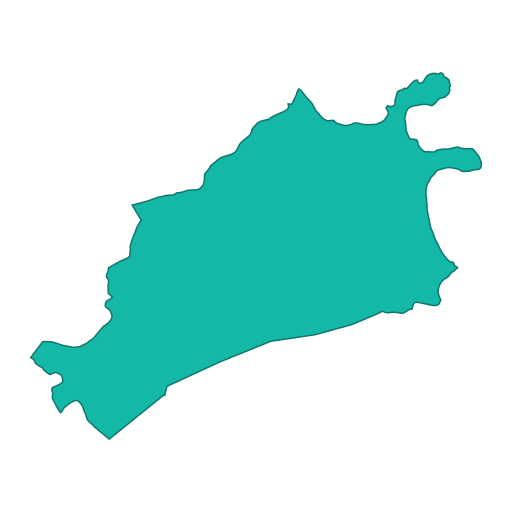 the district of Monchy/Mount Layau, Gros Islet, Saint Lucia
{"feature_id": "8701671B54690332526022", "entity_name": "Monchy/Mount Layau", "entity_type": "district", "adm_level": 2, "iso_a3": "LCA", "parent_name": "Saint Lucia", "parent_adm1": "Gros Islet", "projection": "mercator", "projection_center": [-60.92, 14.069], "detail": "fine", "context": "isolated", "style": "filled", "palette": "teal", "viewbox_px": 512, "rotation_deg": 0, "n_neighbors": 0, "source": "geoboundaries", "source_scale": "gbopen_adm2", "svg_char_len": 5995}
<svg xmlns="http://www.w3.org/2000/svg" viewBox="0 0 512 512"><path d="M132.2,205.1L141.4,220.5L140.6,220.7L140.5,221.3L136.5,227.8L135.9,230.3L132.0,240.0L130.4,245.5L130.1,247.4L130.4,248.9L130.0,251.9L130.0,254.4L129.4,256.4L128.1,257.7L119.4,261.6L108.5,267.8L108.5,269.2L107.8,272.0L106.9,273.8L106.4,276.2L106.7,277.6L107.8,278.2L107.9,279.0L108.8,281.8L108.5,282.7L108.0,285.9L108.2,292.9L109.0,294.2L110.0,294.9L110.5,295.1L110.9,295.8L111.2,296.0L112.1,297.0L112.4,297.1L111.1,298.5L106.4,301.2L105.6,303.0L105.3,305.0L105.3,306.4L110.0,310.5L112.0,315.6L111.6,318.8L108.5,322.8L103.5,326.4L100.0,330.3L93.1,338.7L89.2,341.1L86.9,343.1L80.0,346.6L73.8,347.4L63.0,345.4L52.2,341.9L42.9,341.5L34.1,353.0L30.7,357.7L32.4,358.6L34.0,359.8L34.6,361.6L35.2,362.9L36.8,364.3L39.3,366.1L40.5,366.8L42.2,367.4L43.2,369.2L44.0,370.1L45.8,371.8L47.5,373.0L49.7,374.5L50.1,374.5L55.3,372.4L57.0,372.8L60.1,374.3L61.2,375.1L61.9,376.2L62.1,377.5L62.7,379.9L62.9,381.1L62.4,382.3L61.9,382.8L59.7,384.2L56.5,385.8L53.7,386.9L52.7,387.3L52.0,388.1L51.9,388.9L51.9,390.2L52.4,392.3L53.1,394.1L52.9,394.6L52.5,395.3L52.3,395.8L52.3,397.3L52.6,398.9L55.0,403.3L55.8,404.8L57.9,408.8L59.0,410.6L60.4,412.6L61.7,411.5L62.5,410.6L63.2,408.9L63.8,408.2L66.8,405.4L68.6,404.1L71.6,402.1L73.0,401.4L74.7,400.8L77.2,400.4L78.3,401.0L80.9,403.8L82.0,405.4L82.8,407.1L83.8,410.2L85.5,414.0L86.2,415.8L86.9,418.7L88.5,421.2L90.0,422.4L93.4,425.6L94.8,427.2L109.2,439.1L164.2,394.7L164.7,395.3L167.0,386.3L219.4,362.1L270.7,341.3L315.5,334.6L352.0,324.5L378.8,313.2L382.2,311.2L385.5,312.5L386.3,312.5L387.1,312.7L389.1,312.7L392.4,312.3L394.8,312.1L396.4,312.5L398.0,312.7L401.1,313.3L401.9,313.3L404.2,312.7L409.2,309.6L410.3,309.3L411.5,309.2L411.9,309.3L412.0,308.9L413.7,303.6L414.9,302.5L416.1,302.2L417.6,302.3L425.1,303.8L431.2,305.2L434.6,305.6L435.7,305.5L436.7,305.3L437.8,304.9L438.7,304.3L439.4,303.3L439.7,302.3L440.6,300.9L440.7,300.3L440.4,299.0L439.6,297.5L438.8,295.2L438.1,292.1L438.1,290.6L438.3,289.5L439.0,286.5L440.3,283.7L441.1,282.3L442.4,280.8L443.5,279.7L445.5,278.4L447.5,277.3L448.4,276.5L450.9,273.2L452.0,272.1L453.5,271.5L455.8,269.4L457.3,268.1L457.6,267.7L457.5,267.4L456.8,266.9L455.1,266.0L454.7,265.6L454.4,265.1L454.2,264.5L453.6,262.9L453.1,262.4L452.0,261.9L449.9,261.7L448.8,260.9L446.3,258.2L442.8,253.8L439.8,248.5L437.8,244.1L436.1,241.1L435.1,238.7L434.8,238.4L434.4,237.0L434.1,235.9L433.6,235.1L433.5,234.1L432.7,232.4L432.4,231.5L431.0,228.4L430.2,225.3L429.6,222.2L429.2,220.6L429.1,219.5L427.6,212.5L427.0,207.7L427.0,203.3L426.5,201.0L426.5,198.9L426.3,197.3L426.0,195.6L425.9,191.0L426.3,187.9L427.3,184.2L427.8,183.3L428.5,182.2L431.3,176.9L432.4,176.1L434.2,174.3L436.7,170.8L439.3,169.7L440.5,169.5L442.8,168.8L445.0,168.1L448.3,167.5L452.2,167.9L455.6,168.5L457.2,169.0L457.8,169.0L460.0,170.1L461.4,171.0L462.8,171.5L469.1,171.2L470.4,170.9L474.3,169.7L476.9,169.6L477.9,169.5L479.1,169.1L479.9,168.6L480.7,167.9L481.2,166.6L481.3,163.2L481.0,161.5L480.6,160.9L480.2,159.5L478.8,156.3L474.0,150.2L472.3,148.7L471.1,148.7L470.4,148.6L469.8,148.7L465.0,148.7L463.4,148.5L462.5,148.5L459.9,147.8L458.5,147.2L458.0,147.1L455.6,147.3L451.2,148.5L447.5,149.2L445.4,149.0L443.1,149.1L438.9,149.7L437.2,150.2L436.2,150.6L435.2,151.5L434.2,152.0L430.2,151.9L428.9,151.8L428.4,151.6L426.7,151.8L425.2,151.7L423.7,151.1L423.2,150.7L421.9,149.7L419.8,147.4L419.5,146.7L419.1,146.3L418.1,144.4L417.8,142.3L417.0,140.2L415.7,139.6L414.5,139.3L411.2,139.1L410.0,138.7L409.5,138.3L409.1,137.7L408.4,135.9L407.7,134.7L407.5,133.9L407.1,133.2L406.9,132.4L406.4,130.8L406.1,129.5L405.8,126.4L405.6,123.0L405.2,120.7L404.8,119.0L404.8,117.9L405.1,116.4L405.8,114.1L406.0,112.7L406.9,110.4L408.4,108.3L409.2,107.6L413.2,106.0L415.0,105.6L417.1,105.5L418.5,105.1L421.6,104.5L425.9,104.3L427.8,104.6L430.5,105.3L431.4,105.7L432.3,105.5L434.7,103.7L437.2,100.8L439.6,98.5L442.8,97.6L444.9,97.2L445.6,96.6L447.1,94.8L448.2,94.1L449.0,93.0L449.0,92.3L449.3,91.2L449.9,90.4L449.8,89.4L449.3,88.4L449.2,87.7L449.9,86.6L450.4,86.3L449.2,80.9L448.7,79.7L446.4,77.7L444.2,76.9L443.5,76.1L443.5,75.0L442.9,73.9L441.5,73.0L440.3,72.9L438.8,74.1L437.8,74.0L435.2,73.4L433.6,73.4L430.8,73.8L426.9,75.9L423.3,81.6L421.8,82.8L420.3,83.2L419.2,83.2L418.1,82.4L417.5,80.4L417.0,80.0L414.8,80.5L413.1,81.8L411.5,83.4L410.3,84.5L409.1,86.3L407.8,87.4L407.5,88.3L406.5,88.6L404.7,88.2L403.5,88.7L402.3,89.8L399.1,90.7L398.1,91.2L397.0,93.0L395.5,99.2L394.9,100.6L395.0,102.2L395.1,102.7L395.0,104.0L394.2,105.3L393.2,106.1L391.7,106.3L391.2,106.6L389.7,106.5L388.5,105.9L388.1,106.0L387.5,105.9L386.2,107.4L386.2,108.5L388.1,111.7L388.2,113.6L387.8,115.0L384.5,119.9L382.6,121.5L382.1,121.7L381.0,122.4L379.5,122.8L376.5,124.1L373.9,124.5L371.3,124.5L369.5,124.8L367.6,124.7L363.4,124.5L358.8,123.3L355.5,122.9L353.7,123.2L351.7,124.3L346.8,125.5L344.4,125.3L339.7,124.3L339.0,123.9L337.2,123.4L335.5,122.4L334.0,120.6L332.9,120.3L326.9,120.8L322.9,118.4L320.4,115.9L317.7,112.3L316.2,111.1L312.6,104.5L312.1,103.5L309.8,100.8L307.1,98.2L303.4,93.3L302.5,92.4L301.0,90.3L300.2,89.6L298.6,89.0L297.1,91.9L296.6,93.7L296.6,94.2L296.0,95.6L292.2,103.4L291.8,104.0L291.3,104.3L288.1,103.8L288.6,107.6L286.7,109.9L283.9,111.6L280.9,112.7L272.5,116.6L270.8,117.7L268.2,119.5L264.1,120.3L260.1,121.5L257.1,123.4L254.8,125.9L252.6,128.5L251.9,129.8L251.6,131.3L251.0,133.1L249.8,135.2L247.2,137.4L243.9,139.9L241.4,142.2L240.2,143.5L238.8,145.8L236.6,150.2L236.0,151.3L235.7,151.7L233.8,153.0L230.2,154.8L229.1,155.0L223.3,156.8L221.8,157.3L219.6,158.5L217.4,160.1L216.3,161.1L213.0,163.7L211.1,165.5L210.6,166.0L208.9,168.9L205.1,173.5L204.4,175.8L204.5,179.4L203.8,183.0L202.8,185.4L201.4,187.2L199.4,189.0L196.5,189.9L191.7,190.0L190.3,190.2L188.4,190.2L187.2,190.4L184.9,191.3L180.2,192.6L179.0,192.7L177.4,192.7L176.6,192.9L174.5,194.4L172.4,195.2L170.4,195.1L166.4,195.4L164.1,195.9L162.1,196.6L158.4,197.1L156.4,197.9L146.1,201.5L132.2,205.1Z" fill="#14b8a6" stroke="#0f766e" stroke-width="1.5"/></svg>